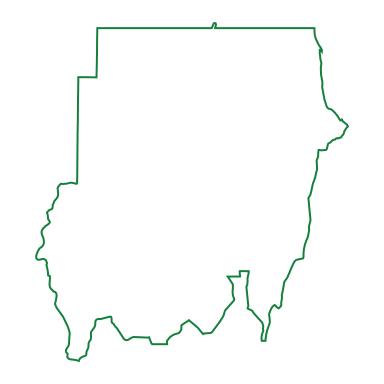 an SVG outline of Sudan
{"feature_id": "SDN", "entity_name": "Sudan", "entity_type": "country or territory", "adm_level": 0, "iso_a3": "SDN", "parent_name": "Africa", "parent_adm1": "", "projection": "equal_earth", "projection_center": [30.131, 15.434], "detail": "fine", "context": "isolated", "style": "outline", "palette": "green", "viewbox_px": 384, "rotation_deg": 0, "n_neighbors": 0, "source": "natural_earth", "source_scale": "50m", "svg_char_len": 5137}
<svg xmlns="http://www.w3.org/2000/svg" viewBox="0 0 384 384"><path d="M265.5,340.8L262.0,340.8L261.9,340.8L261.9,340.7L261.7,340.4L261.6,339.7L261.5,338.6L261.6,336.6L262.0,334.3L263.2,331.1L263.3,330.8L263.3,330.7L263.2,329.9L263.0,329.4L263.0,328.7L263.2,327.0L263.2,326.5L263.2,325.8L263.1,325.4L262.2,322.6L261.9,322.2L253.8,313.3L252.3,310.9L252.1,310.7L251.9,310.6L247.8,308.6L247.6,308.3L247.6,308.1L247.7,307.7L248.2,306.5L248.3,306.2L248.3,305.7L246.4,287.0L246.4,286.6L246.5,286.4L246.8,285.9L247.0,285.4L247.3,284.7L247.6,281.1L247.5,278.2L248.6,273.3L248.7,271.2L239.8,271.1L239.7,271.2L239.7,271.3L239.8,271.5L239.8,272.0L239.7,272.6L239.7,272.9L239.7,273.2L239.8,274.4L240.1,275.3L240.1,275.6L240.1,275.9L240.1,276.5L227.7,276.6L232.6,283.9L232.7,284.0L232.7,284.4L232.8,284.7L232.9,287.3L232.6,291.4L232.7,294.0L233.0,295.7L234.3,299.1L234.2,299.7L233.9,300.5L225.1,310.5L224.9,310.9L223.7,315.1L222.5,317.5L222.0,318.2L219.9,321.6L211.9,332.3L210.5,333.0L206.5,333.3L204.4,333.4L204.1,333.4L203.8,333.6L203.6,333.9L203.3,334.1L203.0,334.0L202.7,333.7L197.8,327.7L188.9,320.2L188.1,320.9L183.1,324.1L182.0,325.0L181.4,325.5L181.4,329.2L180.5,331.0L179.0,333.0L174.6,334.3L172.4,335.4L170.1,337.1L169.7,337.5L168.8,338.6L167.0,340.9L166.9,342.7L167.1,344.2L152.2,344.2L151.2,342.9L149.1,337.3L147.5,337.6L133.9,337.0L131.9,337.5L128.0,339.9L126.1,340.2L124.1,339.2L116.9,328.1L115.4,326.7L114.8,326.0L113.8,324.1L112.2,322.9L111.7,322.1L111.6,320.9L111.6,318.4L111.1,316.9L110.0,316.6L100.4,319.1L99.0,318.9L97.0,319.3L96.3,319.8L95.4,321.2L95.3,322.7L95.3,324.3L95.0,325.8L94.3,327.5L91.5,331.2L90.9,332.9L91.0,337.0L90.8,339.1L90.4,340.1L89.2,341.7L88.8,342.6L88.5,343.9L88.5,346.7L88.2,348.0L86.7,351.2L86.4,352.3L86.3,354.6L86.0,355.4L81.6,357.2L80.0,358.4L79.0,360.2L78.8,361.0L76.9,360.3L74.5,359.8L70.0,359.3L68.2,358.4L67.3,357.2L67.6,353.9L67.2,353.2L66.4,352.7L65.9,351.3L66.1,349.6L68.5,345.9L69.0,343.9L69.4,337.0L69.7,334.5L69.5,331.7L67.7,326.4L66.0,322.8L63.4,317.4L62.3,315.6L56.9,308.2L56.3,307.1L55.0,304.0L55.7,301.2L56.5,297.1L56.6,295.2L56.2,293.2L54.9,291.8L53.6,291.6L53.1,290.8L52.1,289.8L51.0,288.9L50.1,287.3L49.5,285.0L50.0,277.0L49.7,275.9L48.3,275.6L48.0,275.0L48.1,273.5L47.4,268.9L46.5,265.1L47.0,263.0L45.9,260.1L43.7,258.9L41.6,259.2L39.3,259.8L38.0,259.7L37.0,259.1L36.4,258.1L36.1,256.8L36.4,255.0L37.7,251.5L39.3,248.7L42.4,246.2L43.3,244.8L43.8,243.3L43.9,241.5L43.7,239.7L43.3,238.0L42.4,235.8L41.6,233.2L41.6,231.5L42.0,230.2L42.9,228.7L44.6,227.0L45.0,226.6L46.0,225.7L47.0,225.1L49.3,223.3L49.8,222.4L49.6,221.4L49.1,220.5L48.2,219.3L48.0,217.9L47.8,215.4L47.3,213.8L47.0,212.6L47.6,211.8L48.6,210.6L49.8,209.8L51.7,209.2L52.4,208.3L52.7,206.7L52.6,205.1L53.3,203.9L54.2,201.4L55.0,200.3L56.2,199.0L57.4,197.3L58.0,195.4L58.2,193.6L57.6,188.1L59.0,185.7L60.8,183.8L63.4,184.0L67.4,183.5L70.1,182.7L72.0,182.8L76.4,183.8L76.8,183.6L76.9,183.4L77.1,181.9L77.2,178.2L77.3,167.1L77.4,156.0L77.5,144.8L77.6,133.8L77.8,122.7L77.9,111.6L78.0,100.6L78.2,89.6L78.2,86.5L78.3,83.4L78.3,80.3L78.3,77.2L82.9,77.2L87.4,77.2L91.9,77.3L96.5,77.3L96.5,77.2L96.8,64.8L97.0,52.5L97.1,40.3L97.3,28.1L104.3,28.1L111.2,28.1L118.2,28.1L125.2,28.1L132.2,28.1L139.1,28.1L146.1,28.1L153.1,28.1L160.1,28.1L167.0,28.1L174.0,28.1L181.0,28.1L188.0,28.1L194.9,28.1L201.9,28.1L208.9,28.1L211.0,28.1L211.9,27.9L213.7,23.4L214.5,23.0L215.6,23.3L216.0,24.4L215.7,25.9L215.1,28.1L218.5,28.1L224.5,28.1L230.5,28.1L236.5,28.1L242.5,28.1L248.5,28.1L254.5,28.1L260.5,28.1L266.4,28.1L272.4,28.1L278.4,28.1L284.4,28.1L290.4,28.1L296.4,28.1L302.4,28.1L308.4,28.1L314.4,28.1L314.6,33.7L315.5,38.1L318.5,44.5L320.9,48.0L321.8,49.9L321.9,50.7L321.8,51.6L321.1,50.6L319.8,50.0L319.7,53.0L320.0,55.1L320.4,59.1L321.4,63.4L320.8,67.4L321.0,74.2L322.4,82.3L322.2,87.5L324.5,99.6L326.6,106.3L327.7,108.0L329.0,108.8L331.4,109.4L335.0,112.8L337.9,116.5L338.9,118.4L340.3,120.4L341.2,120.1L341.8,119.5L342.7,121.2L347.2,124.8L347.9,126.5L346.3,128.1L344.5,131.0L344.1,132.1L343.9,132.8L343.7,133.6L343.2,134.5L342.2,135.6L341.8,136.1L341.5,136.9L340.9,137.5L340.2,137.5L339.6,137.8L338.7,138.4L337.3,138.1L335.9,138.6L335.4,139.2L334.3,139.8L333.2,139.9L332.8,140.1L331.8,141.0L330.6,142.3L329.1,143.1L328.5,143.4L327.9,144.3L326.9,148.8L326.1,149.9L324.8,150.1L323.1,150.1L321.6,150.4L319.6,150.0L318.7,150.0L318.4,151.0L318.1,154.8L318.2,156.4L317.4,158.4L316.6,160.8L316.9,164.9L317.1,169.0L315.6,175.1L315.4,176.6L313.8,181.4L313.0,183.2L311.0,192.3L310.2,195.1L308.4,198.1L308.9,202.9L309.3,208.0L309.8,212.8L310.5,220.0L309.0,226.7L309.1,230.4L308.1,235.8L307.3,238.3L306.6,239.8L306.0,241.4L304.9,244.7L303.9,249.2L303.5,253.8L303.5,256.5L303.4,257.7L303.0,258.4L300.8,258.9L297.7,259.5L296.0,260.1L294.9,261.0L293.5,263.2L290.8,269.2L289.4,272.8L287.2,277.8L284.6,281.3L284.0,283.1L283.6,286.3L282.7,291.3L281.8,295.0L282.0,297.9L281.2,302.9L281.3,305.3L280.4,306.7L279.2,308.0L278.4,308.3L276.5,306.9L275.2,305.4L274.6,305.0L273.4,305.9L272.0,307.3L270.3,310.6L269.1,313.8L269.8,320.8L269.8,322.4L269.4,324.0L267.5,329.3L267.0,330.9L266.3,334.0L265.5,339.5L265.5,340.8Z" fill="none" stroke="#15803d" stroke-width="2"/></svg>